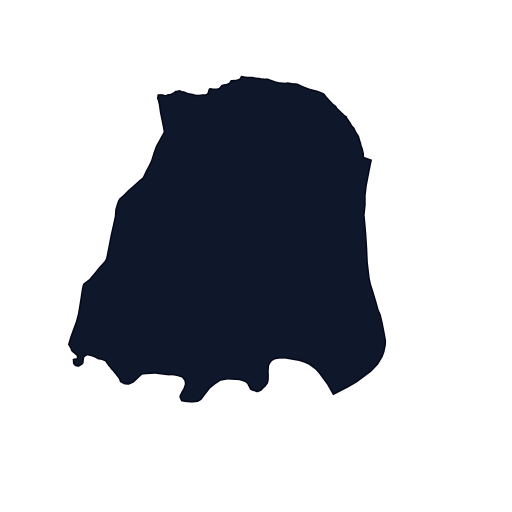 Oussouye, Ziguinchor, Senegal (Mercator projection), rotated 115°
{"feature_id": "50182788B11051302290888", "entity_name": "Oussouye", "entity_type": "district", "adm_level": 2, "iso_a3": "SEN", "parent_name": "Senegal", "parent_adm1": "Ziguinchor", "projection": "mercator", "projection_center": [-16.597, 12.494], "detail": "fine", "context": "isolated", "style": "filled", "palette": "ink", "viewbox_px": 512, "rotation_deg": 115, "n_neighbors": 0, "source": "geoboundaries", "source_scale": "gbopen_adm2", "svg_char_len": 3591}
<svg xmlns="http://www.w3.org/2000/svg" viewBox="0 0 512 512"><g transform="rotate(115 256 256)"><path d="M120.5,192.1L120.8,195.4L121.3,200.4L118.3,201.8L114.0,205.1L111.4,207.8L109.2,209.3L108.5,210.2L104.4,213.7L101.3,218.5L98.8,221.4L97.6,224.5L95.4,227.4L94.7,229.1L94.2,229.4L92.7,232.4L91.8,232.8L91.5,235.3L88.1,245.3L86.9,246.8L86.0,250.9L82.3,259.9L81.0,262.1L80.5,263.9L80.9,270.0L82.4,277.9L82.9,284.3L82.9,290.7L83.2,292.4L84.9,296.4L85.1,297.9L86.0,300.7L87.1,302.0L89.4,308.2L90.1,311.3L91.0,320.6L92.3,322.9L92.5,324.1L93.4,325.5L93.6,327.5L95.3,332.2L95.6,334.3L98.1,339.8L99.5,345.0L101.7,345.1L103.2,345.7L105.6,348.6L107.6,352.5L110.7,352.9L113.5,355.5L114.1,356.7L116.0,359.0L118.7,359.5L120.2,360.3L121.5,362.1L123.1,365.5L123.5,367.3L124.1,368.6L125.3,368.7L128.4,368.2L129.9,368.4L131.5,369.9L132.0,370.7L132.1,371.5L134.8,375.8L136.2,379.4L136.2,380.8L137.7,386.5L137.9,391.1L138.5,391.3L138.5,394.5L139.1,395.9L139.8,396.5L141.0,398.5L142.0,398.7L144.5,400.5L146.3,402.2L147.0,403.8L148.7,405.1L149.2,406.2L149.6,408.8L150.4,410.8L151.3,411.9L151.0,412.0L151.1,412.3L151.6,412.7L153.4,412.0L154.3,412.0L156.3,410.0L159.6,407.4L166.1,403.2L176.8,395.3L180.7,392.5L182.5,391.4L184.5,391.5L187.7,391.8L190.5,391.9L195.8,392.3L198.5,392.5L205.2,391.9L213.4,390.8L216.4,390.7L219.1,390.8L225.4,391.1L230.1,391.1L233.0,391.2L236.6,393.0L242.8,395.6L246.7,397.3L250.8,399.1L257.3,401.4L261.6,403.4L264.4,403.7L267.3,403.4L270.0,403.0L273.2,402.5L279.4,400.1L287.3,398.3L297.5,396.1L319.1,390.7L321.7,390.2L323.9,390.2L325.6,390.6L328.2,391.4L333.3,393.0L337.7,394.0L343.8,395.7L347.5,396.6L354.1,400.1L355.9,400.0L360.4,398.9L368.8,396.4L373.4,395.1L383.0,392.4L391.2,390.9L399.0,390.2L407.4,389.5L415.3,388.3L417.7,384.8L418.7,383.8L419.5,383.1L420.2,381.1L420.6,379.4L420.7,379.1L421.4,376.5L422.2,375.5L423.1,374.9L424.6,374.7L425.5,375.3L426.0,376.6L427.0,377.7L429.9,376.1L430.5,375.7L431.0,374.5L431.5,373.3L430.9,370.5L429.7,369.6L427.5,368.1L425.9,367.8L422.9,368.9L420.9,369.5L418.5,368.8L416.6,367.1L415.7,362.9L415.4,359.2L415.7,355.3L415.1,353.6L414.7,352.1L414.5,347.9L414.8,347.4L415.7,346.1L416.5,344.4L417.3,343.4L417.9,341.6L418.7,340.3L419.3,339.3L419.7,338.0L420.4,336.3L420.7,335.8L421.1,335.2L421.6,333.9L422.2,332.7L422.7,331.9L423.0,331.3L423.3,330.6L423.8,329.5L424.2,328.9L424.4,328.3L426.0,326.6L427.0,325.7L427.2,322.0L427.2,320.9L425.9,317.4L422.2,314.1L413.7,310.7L413.2,310.5L411.2,309.7L409.8,307.4L408.4,305.0L406.6,301.5L404.7,298.1L402.4,290.9L400.6,285.4L398.6,281.3L397.4,276.9L396.7,271.5L398.7,267.8L400.5,266.4L402.6,265.5L407.1,265.1L410.2,265.5L412.0,265.5L413.8,265.6L415.7,265.3L417.1,263.9L418.5,262.1L417.4,258.1L415.2,252.3L412.3,247.5L409.2,245.4L403.9,244.3L399.5,243.3L395.1,242.3L389.2,239.4L388.2,238.8L383.6,236.0L379.3,229.9L376.9,223.9L375.1,219.5L374.4,215.8L374.2,211.9L375.0,209.5L378.9,204.6L379.0,202.8L378.6,200.7L378.4,197.6L375.6,194.9L372.5,193.9L370.0,192.8L366.2,192.1L363.0,192.8L359.2,194.5L354.8,196.7L349.9,198.5L347.4,198.5L344.1,197.8L341.1,195.6L338.5,191.8L335.9,186.3L332.2,172.6L331.5,166.7L331.5,161.8L333.1,153.9L335.2,149.0L339.0,142.1L341.9,136.8L346.3,130.7L348.6,127.4L335.6,117.4L327.6,111.8L312.0,103.4L302.6,100.2L293.8,99.3L289.0,99.7L282.5,101.2L278.2,102.9L272.2,107.1L263.5,113.4L256.8,118.7L256.8,118.8L253.2,122.8L247.0,128.1L239.0,135.2L233.4,140.4L228.4,144.2L214.6,152.7L202.3,159.1L189.5,166.1L176.0,173.9L175.5,174.2L173.8,175.3L173.6,175.4L163.5,178.9L155.2,182.8L145.5,186.0L134.7,188.7L125.0,191.1L120.5,192.1Z" fill="#0f172a" stroke="#020617" stroke-width="1.5"/></g></svg>